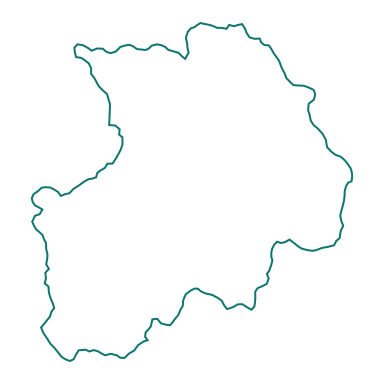 outline of Santo Antônio do Amparo, Minas Gerais, Brazil
{"feature_id": "56859067B88751965199832", "entity_name": "Santo Antônio do Amparo", "entity_type": "district", "adm_level": 2, "iso_a3": "BRA", "parent_name": "Brazil", "parent_adm1": "Minas Gerais", "projection": "robinson", "projection_center": [-44.951, -20.918], "detail": "fine", "context": "isolated", "style": "outline", "palette": "teal", "viewbox_px": 384, "rotation_deg": 0, "n_neighbors": 0, "source": "geoboundaries", "source_scale": "gbopen_adm2", "svg_char_len": 3180}
<svg xmlns="http://www.w3.org/2000/svg" viewBox="0 0 384 384"><path d="M348.1,164.6L344.9,160.4L340.9,156.8L335.2,154.7L331.0,151.4L327.1,147.1L325.7,139.4L322.5,133.8L318.0,128.7L313.8,125.3L310.8,120.8L309.4,114.1L308.1,110.1L308.7,103.8L313.9,99.6L315.2,94.3L313.6,89.9L308.5,87.4L303.5,85.7L298.6,85.5L293.4,85.1L290.1,82.0L286.4,78.1L284.6,73.3L281.7,67.9L279.3,61.3L276.6,57.3L273.6,53.1L271.3,48.9L268.8,45.3L264.5,45.1L261.1,42.4L259.8,38.6L254.4,38.8L249.5,37.3L246.7,33.1L244.7,28.1L242.1,24.1L238.4,24.9L233.8,26.2L229.2,24.9L226.5,28.8L222.0,27.9L217.1,27.9L213.6,26.2L209.5,24.9L204.1,23.9L200.4,23.0L197.5,24.9L194.4,27.2L190.9,28.3L187.9,31.7L185.9,37.5L187.1,43.3L187.5,48.0L188.6,52.7L185.2,58.8L182.1,56.5L178.7,52.9L173.8,51.4L168.4,49.9L165.0,46.8L161.6,45.3L157.1,44.3L151.8,45.6L148.9,48.4L145.6,50.0L141.6,49.5L136.9,49.1L133.2,46.4L129.5,44.8L124.7,45.6L120.3,47.0L115.8,51.6L110.7,53.1L106.6,52.0L102.8,48.7L97.2,48.5L91.7,50.7L88.0,48.0L83.1,45.3L77.5,44.3L74.4,47.6L74.9,52.9L76.2,57.1L81.0,57.8L84.6,60.1L88.8,63.4L91.1,68.1L91.1,73.8L94.8,78.8L97.3,83.7L99.5,87.0L102.6,90.3L107.0,93.9L108.5,99.2L109.9,103.8L109.9,108.2L109.7,112.6L109.5,118.1L109.2,125.1L115.2,125.5L119.6,129.2L119.2,134.7L122.4,137.3L122.5,144.4L120.8,149.4L118.8,153.4L115.9,158.5L112.5,163.6L107.3,163.7L104.8,168.0L100.6,170.3L97.4,172.8L96.1,177.3L92.2,178.6L88.8,179.1L85.5,180.8L82.1,183.1L78.7,185.6L73.3,189.0L69.5,193.2L65.0,194.2L60.9,195.9L57.9,191.9L54.0,189.4L50.1,187.5L45.9,187.2L41.6,187.7L38.3,190.9L33.6,194.2L31.8,198.1L32.7,202.0L35.0,205.4L38.7,207.3L42.4,209.5L39.6,214.2L35.0,215.8L32.2,221.8L34.3,226.3L36.3,229.5L39.6,232.3L42.7,235.3L44.0,239.3L46.0,243.0L46.2,249.1L47.4,253.8L47.3,258.4L46.2,264.3L48.9,268.9L45.3,272.9L46.0,278.1L44.7,283.4L48.5,286.6L48.9,292.7L50.9,299.0L53.1,304.2L54.2,308.2L51.5,311.6L50.0,316.6L47.0,320.2L44.2,323.8L41.1,327.4L43.3,332.9L47.0,338.3L50.4,343.8L54.0,347.4L57.3,351.4L61.5,356.8L65.8,359.5L70.0,361.0L73.7,359.2L75.7,355.1L78.7,350.3L85.5,349.7L89.4,351.5L93.7,350.1L98.0,351.3L101.4,353.4L105.0,355.3L110.8,353.8L116.9,355.3L120.0,357.6L124.5,358.0L128.8,353.7L134.3,350.5L138.0,345.2L143.4,341.6L147.6,340.2L145.1,336.8L145.6,332.4L148.0,329.9L150.8,326.5L152.4,319.3L157.3,318.8L160.9,323.3L166.4,324.8L170.0,325.2L172.6,322.3L175.3,318.5L178.4,314.9L180.4,309.9L182.8,305.9L183.1,300.7L185.7,294.3L190.6,290.6L194.5,288.6L197.9,288.7L200.7,291.2L205.3,293.4L211.9,294.8L217.8,297.9L221.9,300.9L224.1,305.3L227.0,309.0L230.7,308.0L233.9,306.7L237.6,304.4L242.3,304.2L247.4,307.5L251.5,309.7L254.4,306.5L255.3,299.4L255.2,291.8L257.6,288.2L262.4,286.1L266.7,283.9L268.7,278.6L266.9,273.8L269.1,271.0L271.1,265.5L272.4,260.4L271.3,256.7L271.3,252.5L272.2,248.7L274.0,244.9L277.1,241.7L281.1,243.0L285.1,242.1L289.5,239.6L294.0,243.0L297.7,246.0L301.5,248.5L305.1,249.5L308.9,250.4L313.1,250.8L316.8,249.9L322.1,247.9L328.3,246.8L334.1,245.2L336.3,240.9L339.6,238.1L340.7,231.0L343.2,225.8L341.4,221.3L340.2,215.7L341.6,209.8L342.9,205.4L343.8,201.4L344.5,197.0L344.7,191.3L346.0,186.3L348.1,182.8L351.6,181.2L352.2,176.1L351.8,172.2L350.6,168.2L348.1,164.6Z" fill="none" stroke="#0f766e" stroke-width="2"/></svg>